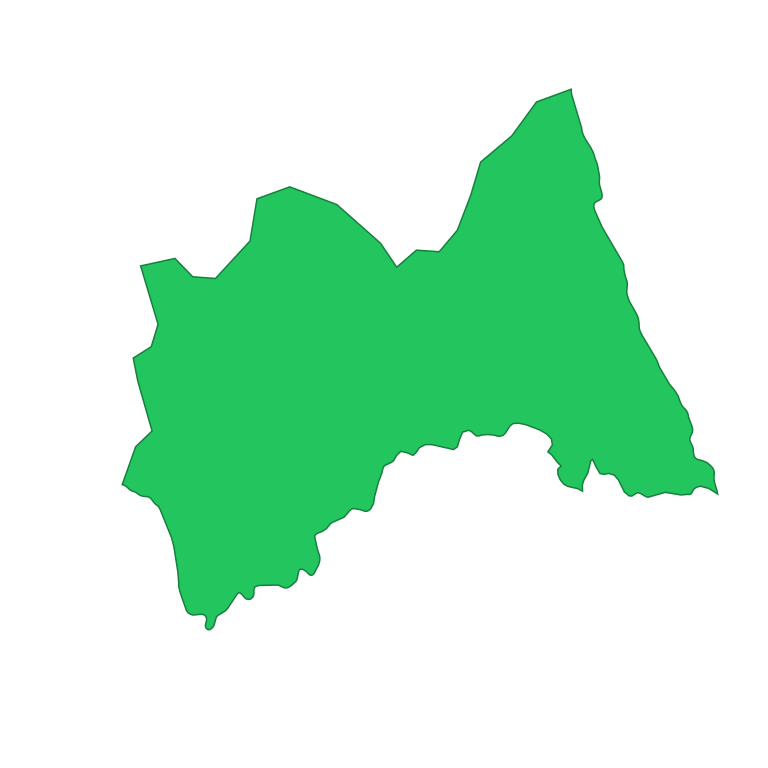 map outline of Amoron'i Mania (Equal Earth projection), rotated 160°
{"feature_id": "MDG-5861", "entity_name": "Amoron'i Mania", "entity_type": "Autonomous Province", "adm_level": 1, "iso_a3": "MDG", "parent_name": "Madagascar", "parent_adm1": "", "projection": "equal_earth", "projection_center": [46.639, -20.465], "detail": "fine", "context": "isolated", "style": "filled", "palette": "green", "viewbox_px": 768, "rotation_deg": 160, "n_neighbors": 0, "source": "natural_earth", "source_scale": "10m", "svg_char_len": 4035}
<svg xmlns="http://www.w3.org/2000/svg" viewBox="0 0 768 768"><g transform="rotate(160 384 384)"><path d="M108.1,166.5L114.3,174.6L121.5,179.7L123.4,180.0L125.9,180.0L128.2,179.5L129.9,178.4L132.7,175.8L134.6,175.7L136.7,176.5L143.0,178.2L156.8,186.0L174.8,187.3L176.6,188.8L180.3,193.3L182.4,195.0L184.4,195.0L189.4,193.9L191.9,195.0L195.0,200.3L196.5,213.5L198.7,219.5L203.4,223.1L208.0,223.8L211.6,225.9L213.0,233.5L213.8,241.7L215.9,241.3L222.6,231.0L229.4,224.9L232.0,221.5L234.1,215.4L237.7,219.4L246.1,224.8L249.2,228.2L251.1,233.5L251.5,239.6L249.8,244.5L245.6,246.3L247.8,251.0L250.6,260.0L253.2,264.2L246.6,269.2L245.5,275.1L248.2,281.3L253.2,287.4L264.4,297.1L270.8,301.1L276.2,302.7L279.8,301.6L286.5,296.5L289.7,295.0L293.1,295.3L295.8,296.6L298.1,298.4L303.7,301.0L309.0,302.5L312.4,302.7L314.9,303.7L316.5,306.1L317.9,309.0L320.1,311.5L326.6,311.9L331.9,306.2L336.5,299.9L341.0,298.6L359.6,310.6L365.8,312.9L372.5,312.1L377.1,308.7L381.1,307.0L385.8,311.5L391.2,315.0L396.7,312.5L401.3,308.6L403.9,307.8L411.0,307.2L412.5,306.4L413.6,305.2L414.7,303.9L416.5,301.0L422.9,293.6L431.5,281.2L434.0,276.5L434.9,275.1L438.6,271.7L440.3,270.7L443.0,270.2L444.7,270.7L446.1,271.4L449.2,274.0L454.5,277.1L456.7,277.5L458.6,277.2L467.0,272.5L479.8,271.6L482.0,271.1L487.5,267.8L492.3,266.6L497.2,266.5L499.7,266.0L501.2,264.6L501.6,262.6L503.1,251.4L503.3,244.6L503.7,242.6L504.4,240.9L505.2,239.3L507.2,236.6L508.3,235.4L512.0,232.3L513.2,231.0L514.5,229.8L516.5,229.0L518.1,229.2L519.3,230.3L520.1,231.8L520.9,233.9L522.1,235.8L524.2,238.0L526.1,238.6L527.5,238.0L528.5,236.7L532.7,230.0L533.4,229.3L534.5,228.5L539.8,226.4L543.0,225.6L545.1,225.7L546.9,226.3L548.2,227.3L551.6,230.7L552.9,231.5L570.2,237.4L573.1,237.7L575.1,237.2L576.2,235.9L577.0,234.4L577.6,232.5L578.5,230.5L579.8,228.9L582.5,227.6L584.3,227.7L586.0,228.4L587.2,229.5L588.1,231.0L589.5,234.9L590.7,236.9L592.1,237.4L593.6,237.0L607.7,226.6L610.6,225.1L619.2,223.3L620.8,222.6L621.9,221.5L625.8,216.0L627.1,214.6L628.9,213.6L631.7,212.7L633.3,213.3L634.4,214.6L634.8,216.3L634.5,218.1L633.7,219.5L631.8,222.2L631.1,223.8L630.8,225.6L631.2,227.3L632.1,228.7L633.5,229.7L635.4,230.4L641.9,232.0L643.3,232.8L644.6,233.7L645.6,235.0L646.4,236.2L647.1,238.5L646.9,257.3L646.1,264.2L644.8,267.8L641.9,278.4L637.2,302.4L636.2,312.0L637.3,342.8L637.9,346.1L638.7,347.6L639.7,349.0L640.5,350.6L642.2,356.1L643.2,357.5L644.2,358.7L648.7,360.8L650.0,361.7L651.3,362.8L654.2,366.9L655.3,368.0L657.8,370.0L658.8,371.3L659.7,372.8L660.4,374.4L661.4,376.1L662.6,377.5L664.4,379.0L638.9,409.9L618.0,419.2L614.4,470.7L610.8,494.1L589.9,498.7L575.9,517.4L572.3,578.2L537.5,573.5L527.1,550.2L506.3,540.8L461.0,564.2L440.0,601.5L405.2,601.5L367.0,568.8L339.1,517.4L332.1,489.4L307.8,498.7L286.9,489.4L262.5,503.4L238.1,531.5L217.3,559.5L179.0,573.5L144.2,596.9L107.3,597.0L107.9,595.1L108.4,593.1L108.7,591.3L110.7,557.4L111.5,553.2L111.5,549.8L111.0,545.1L109.0,536.2L108.3,531.6L108.2,528.1L108.5,523.6L108.4,519.1L108.5,516.9L110.3,506.1L110.8,504.2L112.3,500.9L112.9,499.1L113.4,497.0L113.9,489.8L114.3,487.5L114.9,485.6L115.8,484.2L117.2,483.4L122.7,482.6L124.2,482.0L125.3,480.8L126.2,479.2L126.4,477.1L126.6,474.7L125.4,457.0L118.2,417.3L118.0,414.0L118.6,412.1L119.2,410.3L119.6,408.3L120.3,403.8L120.6,396.9L121.0,395.2L121.4,394.1L124.1,388.3L124.7,386.4L125.0,384.2L125.2,379.4L125.0,377.0L122.6,362.3L122.6,360.1L122.7,357.8L123.6,353.8L124.8,350.0L125.2,347.9L125.2,345.0L124.8,341.4L119.9,315.7L119.5,312.7L119.4,305.6L115.8,286.1L113.3,279.3L112.3,275.1L111.7,272.1L111.8,266.6L111.6,262.9L110.8,259.9L109.0,255.9L108.6,253.2L108.7,250.9L109.1,248.8L109.2,246.6L109.0,239.6L109.2,237.2L109.7,235.2L110.5,233.6L111.5,232.3L113.8,230.1L114.9,228.9L115.7,227.2L115.9,225.1L115.4,219.8L115.6,217.5L116.8,213.3L117.2,210.5L116.9,208.4L116.1,206.9L114.9,205.7L110.9,203.0L108.5,200.8L107.1,199.2L105.8,197.0L104.0,193.2L103.6,190.4L103.8,188.1L106.0,183.1L106.5,181.2L107.0,179.1L107.6,169.8L108.1,166.5Z" fill="#22c55e" stroke="#15803d" stroke-width="1.5"/></g></svg>